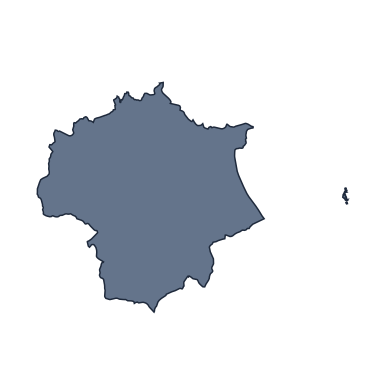 outline of Cam Lam, Khánh Hòa, Vietnam, rotated 351°
{"feature_id": "81297802B15274858883665", "entity_name": "Cam Lam", "entity_type": "district", "adm_level": 2, "iso_a3": "VNM", "parent_name": "Vietnam", "parent_adm1": "Khánh Hòa", "projection": "albers", "projection_center": [109.135, 12.074], "detail": "fine", "context": "isolated", "style": "filled", "palette": "slate", "viewbox_px": 384, "rotation_deg": 351, "n_neighbors": 0, "source": "geoboundaries", "source_scale": "gbopen_adm2", "svg_char_len": 5917}
<svg xmlns="http://www.w3.org/2000/svg" viewBox="0 0 384 384"><g transform="rotate(351 192 192)"><path d="M262.5,137.0L261.0,136.4L257.9,133.7L256.0,132.7L255.3,132.6L251.4,133.2L246.9,133.7L245.3,133.9L244.0,134.4L243.2,134.4L239.9,133.3L239.2,132.7L238.5,131.8L237.2,130.5L236.9,130.6L235.5,133.0L234.0,133.9L232.3,134.3L231.4,134.3L230.7,134.1L224.1,131.4L223.1,131.3L221.8,131.6L221.5,131.5L221.0,130.5L220.7,130.3L218.9,130.8L217.6,132.3L215.1,131.0L214.2,130.2L213.8,129.7L213.3,126.2L211.6,127.4L210.2,127.5L208.7,127.4L207.8,127.2L206.3,125.5L205.1,123.1L204.3,120.9L203.0,122.3L202.3,122.2L199.8,119.5L196.9,114.2L196.7,112.7L196.4,111.9L195.4,110.7L193.0,109.3L193.8,106.7L193.4,105.1L192.3,104.3L184.4,101.1L185.2,100.0L185.3,99.6L184.9,98.1L183.6,95.9L178.9,90.0L178.2,88.5L177.9,87.3L177.9,86.1L178.3,85.3L179.8,83.5L180.1,82.5L180.7,79.3L177.0,79.4L177.4,80.0L176.5,81.1L175.6,81.5L174.2,82.5L172.4,83.2L171.3,83.9L170.6,85.5L170.4,86.3L170.7,88.7L170.5,89.3L170.1,89.6L169.0,89.8L166.4,89.7L165.2,89.3L163.2,87.7L162.4,87.4L160.9,87.2L159.8,88.3L158.9,90.1L157.3,91.5L156.6,93.1L155.7,93.6L154.3,93.5L153.1,92.6L151.8,92.6L150.8,91.9L149.6,91.8L149.2,91.4L148.6,90.0L147.0,89.4L146.1,87.7L145.0,87.0L144.8,86.6L144.9,84.5L144.7,83.5L143.3,83.1L142.8,84.4L141.0,84.3L140.1,86.3L139.2,87.4L137.9,89.7L137.5,90.1L136.9,89.7L136.7,89.8L136.3,90.2L135.7,92.1L135.5,92.4L135.1,92.3L134.8,91.8L134.8,90.9L135.2,89.6L135.2,89.1L134.5,87.9L134.5,86.9L133.1,85.6L132.7,86.6L132.1,87.4L130.2,88.4L129.2,88.7L129.0,89.3L130.1,94.0L129.4,94.4L129.2,98.2L129.0,98.5L127.2,98.5L126.9,99.2L126.2,100.0L124.6,100.5L122.7,101.8L121.0,102.1L119.3,102.6L118.2,102.7L112.4,103.8L109.0,104.1L107.2,104.7L105.4,107.8L103.9,106.4L103.1,106.0L101.2,105.4L100.2,102.4L99.7,101.7L99.0,101.1L98.6,101.1L96.9,101.6L96.3,102.4L95.7,102.8L94.5,102.4L92.6,102.4L91.2,103.7L89.3,104.7L87.9,105.7L87.2,105.3L86.4,105.1L86.0,105.6L85.8,106.2L85.5,108.6L83.9,111.9L84.4,114.6L84.4,115.2L84.1,115.7L83.4,116.4L82.2,117.2L80.9,117.5L79.9,117.4L79.1,117.1L70.7,111.1L69.5,111.3L69.1,111.1L68.2,110.0L66.6,109.5L65.9,110.8L64.9,112.1L64.6,112.9L64.4,114.0L64.7,116.6L64.6,120.8L64.2,121.2L62.6,122.0L60.8,123.4L59.0,123.0L57.8,125.2L60.8,130.1L60.8,130.4L58.6,132.6L58.0,134.6L57.5,135.6L56.1,137.0L55.9,139.4L54.8,141.6L54.8,143.9L54.1,146.9L54.2,149.6L53.9,151.2L53.6,151.9L51.4,153.8L46.6,155.2L44.5,156.2L42.9,158.7L39.8,164.7L39.2,168.3L38.8,169.9L39.4,171.2L39.5,172.8L39.8,173.3L41.3,174.5L41.9,175.9L42.4,180.8L42.2,182.5L42.7,183.8L42.6,184.5L41.7,186.0L42.1,188.4L41.9,189.9L41.7,190.3L42.2,191.1L44.1,192.6L45.3,193.2L47.7,194.2L49.5,194.2L50.2,193.7L50.9,193.7L52.4,194.7L53.6,195.2L55.1,195.5L56.2,195.4L58.0,194.5L60.3,194.7L63.3,193.9L64.4,193.9L65.9,194.4L67.0,194.6L68.7,194.5L70.8,196.3L73.0,197.7L73.8,199.0L74.1,200.4L78.5,202.7L79.5,203.5L80.0,204.0L81.4,206.6L82.1,207.0L83.5,206.7L84.4,206.9L85.1,207.5L86.4,209.8L89.4,214.0L90.4,214.9L91.8,215.2L92.2,215.6L92.4,217.4L92.1,217.7L85.4,222.7L82.4,224.2L81.0,224.5L80.8,224.7L81.1,229.2L82.1,230.5L83.4,229.5L84.3,228.5L84.9,228.3L86.2,228.4L87.0,228.9L87.6,230.0L88.4,231.8L88.7,234.4L88.5,236.6L87.6,240.5L87.7,241.1L88.2,242.1L89.5,243.6L93.7,247.2L93.2,247.7L92.3,247.7L91.7,248.1L91.1,249.2L90.5,250.9L88.7,253.9L88.5,254.6L88.6,257.2L88.4,258.0L87.8,259.1L87.6,260.0L88.1,261.8L88.5,262.4L90.3,263.5L91.0,264.6L91.1,269.9L91.0,271.5L90.7,273.3L90.8,275.5L89.5,281.1L89.5,281.9L90.3,283.6L93.8,285.3L94.3,285.4L100.4,285.0L101.8,285.4L103.6,286.5L107.5,287.5L109.8,287.9L111.4,289.3L115.2,290.1L116.7,290.7L117.5,291.4L117.6,293.0L119.2,292.3L120.6,292.2L121.0,292.3L121.7,293.0L122.1,293.2L125.6,293.2L126.6,293.3L127.7,293.8L128.9,294.4L130.1,295.5L130.8,296.4L131.9,299.0L135.7,304.7L136.2,304.0L136.8,301.8L138.0,300.1L139.1,299.2L141.1,295.4L142.7,293.8L145.1,292.3L150.0,290.1L150.6,289.0L156.4,287.4L160.0,286.8L164.5,285.4L165.2,285.3L166.9,286.1L167.3,286.1L168.3,284.9L168.9,283.7L169.4,283.6L169.6,280.8L169.9,279.6L170.6,278.8L174.5,274.7L175.2,275.4L175.9,274.5L177.4,275.6L179.4,277.8L183.1,279.2L183.6,279.6L183.9,280.3L184.5,282.6L184.9,283.5L186.8,286.1L188.0,287.4L189.7,287.7L191.3,285.3L194.5,281.7L195.5,280.1L196.0,278.3L196.9,276.4L197.6,275.5L199.3,274.4L200.0,273.6L200.1,272.8L199.6,271.3L199.6,270.3L199.8,269.5L201.9,266.5L202.1,266.0L202.7,261.4L200.7,253.9L200.5,249.1L201.7,247.7L203.9,246.5L205.0,244.9L208.1,244.8L210.3,244.1L214.9,243.4L217.1,243.3L218.1,239.8L219.1,239.9L222.5,241.9L223.8,242.0L225.2,241.7L227.6,240.3L229.8,239.4L233.2,238.7L235.3,237.7L236.1,237.6L238.1,238.1L239.8,237.7L240.9,236.7L242.7,237.0L243.9,235.5L247.0,233.3L259.1,229.7L257.5,226.7L254.9,220.4L252.8,215.9L247.4,205.6L245.9,202.0L243.7,194.7L240.7,183.2L239.9,178.7L239.6,164.1L239.8,162.5L240.4,159.4L240.9,157.4L241.3,156.9L242.8,156.1L244.3,156.3L245.6,156.0L248.2,156.6L249.1,156.4L249.4,156.1L249.7,154.9L251.0,154.3L253.1,152.1L253.2,150.7L252.9,150.4L253.2,149.2L253.1,148.4L253.7,147.6L254.2,147.3L254.0,145.0L254.4,143.2L254.9,142.1L255.0,141.3L255.3,140.6L256.6,139.1L257.5,138.7L260.9,138.2L262.2,138.3L262.5,137.8L262.5,137.0ZM343.9,214.7L343.7,214.5L343.5,215.0L342.7,215.7L341.8,217.2L340.9,218.2L340.1,220.8L340.8,221.6L341.2,221.9L341.3,222.2L342.0,223.1L342.3,224.1L342.8,224.4L343.6,224.6L344.5,224.5L344.4,224.0L344.8,223.7L343.9,223.6L343.3,223.3L342.4,223.3L342.6,222.9L343.4,223.0L343.7,222.2L343.5,220.9L343.0,220.9L343.4,220.4L343.0,219.6L342.9,219.3L343.1,218.9L342.9,218.4L342.8,218.2L342.3,218.4L342.5,217.9L342.3,217.4L342.4,217.2L343.0,216.8L344.2,216.3L344.7,216.3L344.4,216.0L344.8,215.6L344.9,215.3L344.7,215.2L345.2,215.0L345.2,214.6L344.7,214.5L343.9,214.7ZM344.1,214.0L344.6,213.5L344.9,212.5L344.8,212.3L344.4,212.1L343.6,212.3L343.6,213.7L344.1,214.0ZM343.4,226.2L342.8,226.2L342.3,226.6L342.8,227.9L343.7,227.8L343.5,226.6L343.6,226.4L343.4,226.2Z" fill="#64748b" stroke="#1e293b" stroke-width="1.5"/></g></svg>